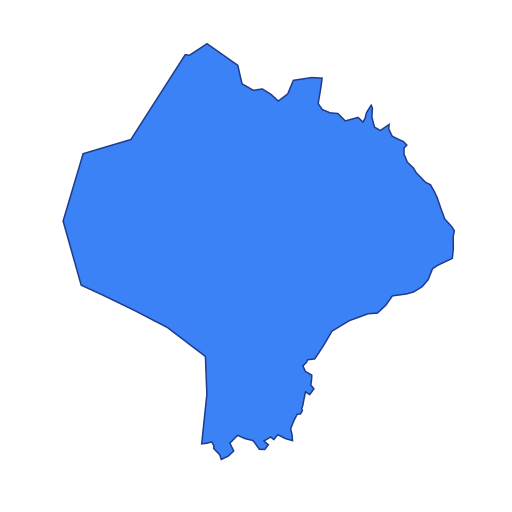 outline of Lemithou, Limassol, Cyprus, rotated 276°
{"feature_id": "46923920B6112352960070", "entity_name": "Lemithou", "entity_type": "district", "adm_level": 2, "iso_a3": "CYP", "parent_name": "Cyprus", "parent_adm1": "Limassol", "projection": "robinson", "projection_center": [32.805, 34.949], "detail": "fine", "context": "isolated", "style": "filled", "palette": "blue", "viewbox_px": 512, "rotation_deg": 276, "n_neighbors": 0, "source": "geoboundaries", "source_scale": "gbopen_adm2", "svg_char_len": 1641}
<svg xmlns="http://www.w3.org/2000/svg" viewBox="0 0 512 512"><g transform="rotate(276 256 256)"><path d="M201.9,105.3L201.7,106.0L193.4,129.0L188.7,142.0L180.8,162.0L176.1,174.1L175.8,175.0L150.8,216.2L113.2,221.6L94.5,221.6L63.5,221.6L64.8,227.1L66.5,231.4L63.0,233.9L60.1,234.1L54.5,240.7L50.0,242.8L54.1,249.3L59.7,254.2L67.2,249.6L75.7,256.5L73.2,264.3L72.2,272.0L70.2,274.2L64.1,279.5L64.5,284.9L69.6,288.0L72.8,283.2L77.5,289.5L75.3,292.9L80.5,296.3L77.5,304.3L76.2,311.6L82.5,310.4L87.8,308.5L96.0,310.8L102.9,313.5L103.6,316.8L107.1,318.3L108.9,317.4L112.5,318.2L114.5,318.3L126.1,319.4L123.8,323.9L129.9,327.5L133.5,324.0L139.3,324.2L143.4,323.9L146.3,317.2L151.6,314.2L155.7,317.4L158.2,318.2L159.8,325.2L174.4,332.7L189.2,339.4L201.4,355.4L210.3,373.6L211.9,382.7L220.7,390.3L230.6,395.8L233.9,409.3L236.7,416.5L242.9,424.5L250.5,429.7L261.8,432.9L265.7,437.6L274.2,451.5L283.7,451.5L296.0,450.1L301.9,450.6L305.5,447.7L312.6,439.8L322.6,434.9L333.0,430.1L339.3,426.2L345.1,422.1L347.0,416.9L355.4,406.8L360.0,403.3L365.2,396.6L371.0,393.6L371.9,392.7L378.8,391.9L382.1,394.4L385.3,390.5L387.1,384.9L389.4,378.9L396.1,374.8L400.7,374.6L393.8,366.5L396.6,360.3L406.4,356.7L415.3,356.3L416.6,355.6L418.0,354.8L410.1,350.9L404.5,350.1L400.4,348.4L404.5,343.0L399.7,330.6L406.3,322.5L406.1,314.9L408.6,306.6L414.1,301.9L430.0,302.9L437.9,303.1L439.8,303.1L439.3,292.8L434.6,274.8L420.5,270.6L412.4,261.9L418.2,254.2L422.8,244.8L420.5,236.1L425.7,224.2L435.9,220.6L443.7,218.0L462.0,185.1L448.6,168.7L448.9,164.6L358.8,119.4L339.7,73.4L270.6,60.5L208.7,85.2L201.9,105.3Z" fill="#3b82f6" stroke="#1e3a8a" stroke-width="1.5"/></g></svg>